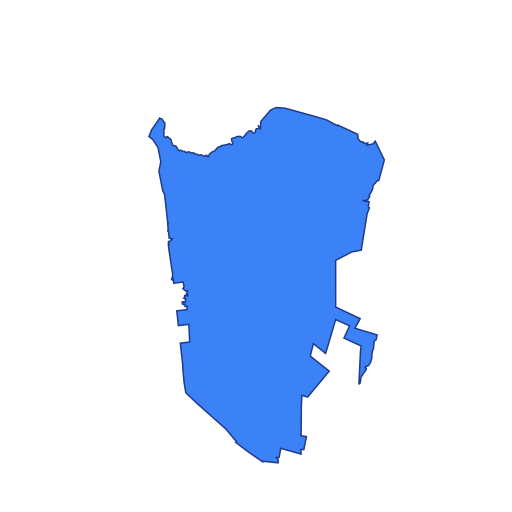 Lerdo, Durango, Mexico (Mercator projection), rotated 216°
{"feature_id": "50627088B11643703419483", "entity_name": "Lerdo", "entity_type": "district", "adm_level": 2, "iso_a3": "MEX", "parent_name": "Mexico", "parent_adm1": "Durango", "projection": "mercator", "projection_center": [-103.587, 25.471], "detail": "fine", "context": "isolated", "style": "filled", "palette": "blue", "viewbox_px": 512, "rotation_deg": 216, "n_neighbors": 0, "source": "geoboundaries", "source_scale": "gbopen_adm2", "svg_char_len": 5898}
<svg xmlns="http://www.w3.org/2000/svg" viewBox="0 0 512 512"><g transform="rotate(216 256 256)"><path d="M337.4,343.6L337.8,343.7L338.2,343.7L339.3,343.3L339.5,343.1L340.0,342.7L340.9,342.2L341.2,341.9L341.5,341.6L342.2,340.4L342.5,339.6L342.6,339.4L342.9,338.9L344.1,337.6L344.5,337.0L344.6,336.4L344.5,336.1L344.2,335.7L343.5,335.1L341.2,333.6L340.9,333.2L340.8,332.9L340.8,332.5L340.9,332.1L341.1,331.8L341.7,331.5L342.5,331.3L343.7,331.3L343.9,331.2L344.6,329.3L344.7,329.1L345.6,328.5L346.3,327.7L346.5,327.3L347.0,326.8L347.9,326.0L348.6,325.2L349.0,324.8L349.2,324.4L349.2,323.6L349.4,323.1L349.5,322.6L350.4,322.2L350.9,321.4L350.9,320.2L351.1,319.1L351.0,317.8L351.1,317.3L351.6,316.1L352.3,315.0L352.7,314.3L352.9,313.6L353.1,312.7L353.3,312.3L353.5,311.3L353.5,310.6L353.5,310.4L352.8,309.0L352.8,308.6L352.8,308.4L353.1,308.2L353.8,308.4L355.0,308.4L355.5,308.1L355.0,307.5L355.0,307.3L356.3,306.8L356.8,306.5L357.4,306.1L357.8,306.0L358.1,305.9L360.0,305.6L360.3,305.4L360.7,304.7L361.1,304.2L361.5,304.0L362.1,303.8L362.7,303.8L362.9,303.8L363.5,303.5L364.2,303.3L365.5,302.7L365.9,302.6L366.7,302.8L367.1,302.8L367.3,302.7L367.7,302.4L368.5,301.6L368.9,301.3L369.9,301.1L371.1,301.0L371.6,300.7L372.2,300.2L372.5,299.7L373.7,298.5L373.8,298.4L374.1,298.3L374.4,298.5L374.7,298.6L375.0,298.7L375.3,298.7L375.7,298.2L376.2,297.9L378.1,297.4L379.2,297.3L379.4,297.2L379.5,297.1L379.8,296.2L380.2,295.9L380.4,295.8L381.3,296.1L383.0,296.8L383.5,297.1L384.7,297.7L385.0,297.8L385.7,297.7L386.4,297.3L387.3,297.0L388.2,296.7L388.4,296.7L389.6,297.4L390.9,298.2L392.9,300.0L393.4,300.2L397.5,300.5L397.8,300.5L398.2,300.2L398.2,299.9L398.1,299.2L398.3,298.8L398.4,298.7L398.9,298.7L399.1,298.7L399.9,298.8L400.4,298.8L400.8,299.0L401.8,299.7L402.3,300.5L402.9,301.8L403.3,302.1L403.7,302.5L404.6,303.5L404.8,304.1L404.9,304.3L404.7,305.0L404.8,305.3L405.1,305.6L407.0,308.9L407.9,310.1L408.0,310.1L408.7,310.1L412.2,311.4L412.5,311.5L413.2,311.4L413.4,311.3L413.7,311.1L414.4,311.0L415.0,311.0L414.8,305.5L414.7,303.9L414.6,296.8L412.8,289.7L408.0,289.6L399.1,286.2L388.4,276.3L384.4,267.5L369.8,254.0L366.0,251.9L346.5,230.5L346.2,230.8L346.1,230.7L346.4,230.5L346.5,230.3L343.1,226.4L342.5,225.2L342.4,225.1L342.1,224.7L341.9,224.8L341.8,224.6L342.0,224.5L341.8,224.2L341.3,224.5L337.4,220.1L337.0,219.7L337.5,219.2L335.0,220.1L334.2,220.5L333.8,220.8L333.7,220.6L333.6,219.6L334.4,219.4L334.2,218.5L334.2,217.1L334.6,216.6L334.9,216.6L335.3,216.4L334.6,214.9L333.6,214.7L333.5,213.8L333.2,214.0L333.1,213.4L332.8,212.8L330.9,210.8L329.4,209.1L329.1,208.8L328.9,208.7L318.7,198.3L317.5,197.0L317.4,196.9L313.3,192.9L312.0,191.4L310.6,187.8L310.6,187.6L310.2,187.7L309.8,187.5L309.8,188.4L309.7,188.7L309.7,189.0L306.5,185.6L299.8,192.1L296.3,189.1L296.2,188.5L295.9,186.5L294.8,186.6L292.2,186.4L290.9,187.6L290.0,184.2L289.6,184.1L288.9,184.9L288.0,183.6L290.5,182.1L289.6,181.0L289.7,179.9L289.5,180.1L289.4,179.8L289.0,180.0L288.8,179.9L288.5,179.5L287.7,180.0L286.1,177.3L287.2,176.3L287.4,176.6L287.9,176.3L287.7,176.1L288.7,175.2L287.5,174.2L286.7,173.8L285.2,175.2L283.7,173.4L282.1,174.9L280.4,171.9L287.9,165.1L277.9,154.1L270.1,161.2L259.1,147.4L264.5,142.4L266.0,141.0L251.4,125.0L247.5,120.1L239.8,111.4L232.4,104.1L218.1,102.2L178.6,98.3L162.7,94.3L162.9,93.3L157.7,93.2L155.6,93.1L147.3,93.0L135.9,93.2L131.4,93.4L129.6,93.4L129.9,93.9L116.6,101.6L117.0,102.8L117.5,103.2L117.7,103.6L118.1,103.8L118.5,104.2L119.0,104.5L120.0,104.8L120.6,104.8L121.1,104.8L121.8,104.7L118.9,106.5L122.9,115.0L103.1,122.2L105.9,126.0L103.5,127.5L109.1,139.6L113.8,137.0L132.1,162.7L136.9,170.2L131.3,172.3L129.1,205.9L153.2,206.9L155.0,211.1L158.0,218.8L142.4,218.1L154.2,251.4L139.2,254.5L136.6,241.3L118.0,245.0L115.4,240.2L97.6,213.1L97.1,213.6L97.0,213.9L97.1,214.2L97.5,215.1L97.7,215.9L97.9,216.4L99.0,217.8L99.1,218.2L99.7,219.6L99.8,220.5L100.0,223.3L100.0,224.4L100.2,224.9L100.2,225.2L100.1,225.7L100.0,227.9L100.0,228.2L100.2,229.3L100.6,229.8L101.0,229.9L101.5,229.6L102.0,230.0L102.3,230.3L102.4,230.6L102.4,230.8L102.3,231.0L102.0,231.2L101.7,231.5L101.6,231.8L101.5,232.0L101.4,232.3L100.9,232.7L100.8,232.9L100.8,233.6L100.7,233.8L100.5,235.1L100.7,235.8L100.8,237.2L101.1,238.2L101.5,239.2L102.1,241.0L103.3,242.9L103.8,243.4L104.5,244.7L105.1,246.2L105.6,246.9L105.8,247.5L106.1,248.0L106.2,248.6L106.4,249.6L106.7,250.4L109.7,255.5L110.1,256.5L110.1,257.5L109.9,258.1L109.6,258.5L109.7,259.1L110.0,260.0L110.3,260.4L110.5,261.0L111.4,262.6L111.6,263.3L133.5,255.7L134.9,266.5L155.8,262.6L161.6,261.6L189.0,299.3L186.8,303.7L180.9,315.6L174.3,322.6L191.0,355.6L192.5,361.6L194.2,362.0L196.5,366.4L201.2,363.8L201.7,363.9L201.2,364.2L198.5,367.5L199.0,368.4L198.9,368.9L198.8,369.4L198.7,370.1L198.9,370.8L199.2,371.1L199.6,371.2L200.0,371.4L200.2,371.6L200.4,371.9L200.2,372.2L200.1,372.7L200.2,373.3L200.5,373.7L200.4,374.5L200.4,376.0L200.8,377.6L201.6,380.1L202.0,380.6L202.6,381.2L202.7,381.5L202.1,388.5L201.9,388.5L201.0,389.2L201.0,389.3L201.2,389.6L208.6,409.1L227.0,419.0L227.2,416.8L227.1,415.9L227.1,415.7L227.3,415.4L229.9,412.5L230.2,412.3L231.6,410.8L232.0,413.1L233.9,411.3L234.4,411.0L234.8,410.9L235.9,411.1L236.2,411.1L236.7,411.3L238.1,409.9L243.1,411.1L243.6,412.6L245.5,414.2L266.8,410.0L266.7,409.3L279.6,407.4L287.1,404.7L319.1,392.8L326.9,388.0L330.0,382.6L331.2,367.8L327.3,361.7L331.3,362.9L329.3,361.9L328.9,361.5L328.8,361.1L328.8,360.8L329.3,360.2L330.1,359.4L330.4,359.2L330.5,358.8L330.5,358.6L330.5,358.4L330.4,358.0L329.7,356.6L329.4,355.7L329.3,355.4L329.4,355.1L329.6,354.7L330.3,354.0L330.8,353.8L331.4,353.7L331.7,353.8L332.7,354.5L333.1,354.5L333.4,354.4L334.3,353.6L334.9,353.3L335.2,352.9L335.4,352.5L335.5,352.0L335.3,350.9L335.4,350.7L335.8,350.0L335.9,349.7L335.8,349.0L335.8,348.5L335.9,347.7L335.9,346.4L336.0,344.8L336.1,344.3L336.4,343.8L336.8,343.6L337.4,343.6Z" fill="#3b82f6" stroke="#1e3a8a" stroke-width="1.5"/></g></svg>